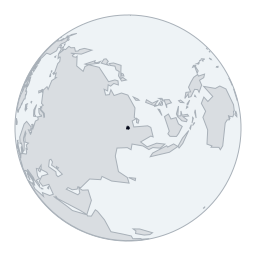 Lào Cai on an orthographic globe, rotated 294°
{"feature_id": "VNM-5483", "entity_name": "Lào Cai", "entity_type": "Province", "adm_level": 1, "iso_a3": "VNM", "parent_name": "Vietnam", "parent_adm1": "", "projection": "orthographic", "projection_center": [104.093, 22.267], "detail": "fine", "context": "on_globe", "style": "filled", "palette": "ink", "viewbox_px": 256, "rotation_deg": 294, "n_neighbors": 0, "source": "natural_earth", "source_scale": "10m", "svg_char_len": 11009}
<svg xmlns="http://www.w3.org/2000/svg" viewBox="0 0 256 256"><g transform="rotate(294 128 128)"><circle cx="128" cy="128" r="113" fill="#eef3f6" stroke="#a8b0b8"/><path d="M233.0,166.8L232.8,167.5L232.7,167.7L233.0,166.8ZM181.1,28.7L178.5,27.6L179.9,30.2L184.0,33.1L180.2,31.2L190.5,38.5L193.6,42.8L187.8,36.8L185.5,35.3L186.4,37.4L184.2,36.5L183.5,37.1L180.8,35.8L177.6,32.8L175.8,32.1L176.6,33.7L174.4,33.7L173.5,31.4L169.5,31.3L163.5,27.0L163.3,23.2L157.7,21.0L151.6,18.0L149.9,17.8L146.5,16.9L143.3,16.5L143.0,16.4L140.7,16.2L141.5,16.4L140.7,16.4L138.9,16.3L138.3,16.0L139.1,16.0L138.0,15.9L138.4,15.9L137.2,15.8L136.7,15.7L146.0,16.8L155.1,18.7L164.0,21.3L172.7,24.6L181.1,28.7ZM136.6,15.7L134.5,15.6L131.8,15.4L132.1,15.4L136.6,15.7ZM231.8,84.2L231.9,84.5L231.8,84.3L231.8,84.2L231.8,84.2ZM232.0,84.7L231.8,84.4L231.9,84.5L232.0,84.7ZM231.9,84.7L231.6,84.1L231.9,84.7ZM184.4,30.5L183.9,30.2L182.6,29.5L182.8,29.6L184.4,30.5ZM187.4,35.6L186.6,34.6L188.2,36.0L187.4,35.6ZM183.8,37.4L184.7,38.1L183.9,38.1L183.8,37.4ZM179.1,36.4L177.5,36.4L178.6,35.8L179.1,36.4ZM176.2,36.1L172.5,36.5L174.2,37.9L167.2,34.4L172.7,35.0L173.7,34.0L174.5,35.2L176.2,36.1ZM142.5,16.5L141.6,16.3L144.1,16.7L142.5,16.5ZM144.3,16.8L153.0,18.6L153.5,19.1L150.5,18.3L152.5,19.3L148.5,18.7L146.5,18.0L146.9,17.7L145.0,17.7L144.3,16.8ZM164.0,32.6L162.6,32.4L163.4,32.1L164.0,32.6ZM140.6,16.5L142.3,16.7L142.9,17.1L139.5,16.8L140.4,16.8L140.6,16.5ZM155.0,20.0L154.9,20.4L151.5,19.9L151.0,20.1L148.4,18.7L155.0,20.0ZM139.4,16.6L137.8,16.7L135.9,16.4L139.0,16.3L139.4,16.6ZM144.4,17.4L144.5,17.7L143.4,17.4L144.4,17.4ZM128.2,15.8L130.2,15.8L130.7,16.0L128.2,15.8ZM137.4,16.7L138.0,16.8L138.5,17.0L137.1,17.0L137.4,16.7ZM146.3,18.6L144.9,18.4L147.2,19.1L144.8,18.9L143.5,18.1L143.0,18.4L142.3,18.4L142.0,17.8L146.3,18.6ZM136.9,17.5L134.4,16.7L130.5,16.5L130.0,16.3L136.4,16.7L136.9,17.5ZM139.9,17.7L137.9,17.5L138.3,17.2L139.9,17.2L139.9,17.7ZM143.6,19.2L147.6,19.6L147.8,19.8L143.6,19.2ZM135.7,17.5L136.3,17.7L135.4,17.5L135.7,17.5ZM141.1,18.7L142.5,18.8L142.6,19.0L141.1,18.7ZM136.4,18.1L135.6,17.8L136.7,17.7L136.4,18.1ZM138.5,18.4L138.3,18.7L137.5,17.9L139.1,18.4L138.5,18.4ZM141.0,18.9L141.5,19.0L140.4,18.8L141.0,18.9ZM132.9,18.8L131.6,17.8L133.9,17.5L134.8,18.5L132.9,18.8ZM40.0,57.7L39.6,58.2L38.7,62.0L38.0,63.6L34.6,67.7L31.1,78.7L34.2,76.1L34.5,83.9L37.1,86.7L44.3,78.6L40.2,73.8L43.0,68.6L49.1,68.8L53.2,73.6L54.4,71.8L54.8,65.5L58.7,63.7L55.2,63.2L54.4,65.5L52.2,65.4L52.8,63.3L54.2,62.7L53.8,60.7L47.4,64.9L45.8,67.7L43.0,65.5L40.2,70.2L38.3,71.1L42.4,63.7L44.3,61.7L49.4,52.9L47.1,54.7L42.2,63.3L42.4,62.0L39.3,65.0L41.8,61.7L47.8,52.3L47.2,50.9L41.3,56.2L41.6,55.8L52.1,44.7L49.9,47.4L52.5,45.2L57.6,40.7L56.4,42.1L58.1,40.8L57.6,42.0L61.3,40.5L61.4,41.5L67.1,38.2L68.0,38.5L64.3,40.2L61.9,42.3L62.8,45.6L64.2,45.5L67.8,43.2L67.6,44.6L71.1,42.0L73.7,43.2L73.3,39.7L77.6,37.5L81.5,37.0L82.9,35.7L76.5,36.6L74.1,37.6L72.0,39.4L65.2,42.2L64.0,41.7L70.9,36.8L69.9,35.8L75.7,32.8L89.3,31.5L92.8,32.7L89.5,39.1L86.2,39.9L85.8,37.8L82.3,41.8L84.4,40.5L84.3,41.8L88.3,40.4L88.4,41.3L92.1,38.6L92.7,39.6L90.3,41.3L96.7,40.6L99.0,42.5L100.4,41.9L101.3,40.8L103.5,44.2L104.5,43.7L104.1,42.3L105.8,40.4L109.6,38.6L110.1,39.9L108.8,40.7L107.0,44.6L103.5,46.9L104.1,47.3L107.3,45.6L109.5,40.8L111.7,39.4L111.1,41.6L111.4,40.6L112.7,40.3L114.4,41.3L115.3,39.0L128.1,35.2L132.8,37.2L130.8,39.3L140.4,39.1L144.9,42.1L144.6,40.7L148.9,40.1L147.5,39.2L147.7,38.5L158.2,37.6L161.1,38.6L165.2,37.3L165.1,36.7L163.1,35.8L167.2,34.4L174.2,37.9L174.3,39.1L178.6,40.8L178.1,43.3L179.7,46.5L176.7,48.7L178.2,51.3L179.8,51.7L183.0,55.8L184.4,63.3L176.5,55.3L173.1,45.2L173.9,49.0L171.7,47.7L170.8,48.8L171.5,51.7L172.9,52.3L163.8,55.9L161.5,64.0L166.6,63.7L169.8,66.4L171.7,77.0L162.4,91.4L166.6,96.5L167.0,99.7L163.4,101.7L162.9,96.9L159.2,95.1L159.4,92.3L153.6,94.3L153.7,90.4L149.0,94.2L150.9,97.4L156.0,96.8L152.0,102.1L157.3,107.8L158.0,114.5L149.2,126.2L140.2,129.4L139.7,131.5L136.1,129.0L131.3,132.9L138.0,145.1L137.8,148.6L130.1,154.6L129.9,152.1L120.4,145.2L118.6,153.2L125.8,160.4L128.3,168.3L122.7,165.6L120.2,158.6L116.8,155.9L117.7,149.0L115.0,138.2L109.4,139.6L109.8,135.4L105.2,126.1L97.2,127.8L84.3,137.0L82.5,147.5L78.1,151.4L72.9,134.6L73.2,123.9L69.7,124.1L65.8,113.7L54.2,109.1L54.0,106.1L51.5,106.4L48.9,102.2L49.2,97.4L47.0,96.5L46.6,109.4L49.1,110.4L53.3,107.4L52.6,111.6L55.2,116.7L47.0,124.0L32.2,125.6L33.3,117.5L34.9,92.2L36.3,90.1L36.4,89.9L36.5,89.4L34.1,92.5L35.3,87.8L31.7,104.3L30.0,110.8L32.0,126.0L31.2,126.8L32.6,130.4L40.0,131.4L39.5,134.0L34.5,143.9L26.3,154.6L28.9,166.1L30.7,174.9L28.8,177.5L32.3,184.8L31.8,185.4L33.9,189.3L35.3,192.0L35.6,192.4L31.2,185.7L27.4,178.6L24.0,171.3L21.2,163.8L18.9,156.1L17.2,148.3L16.0,140.4L15.4,132.4L15.4,124.3L16.0,116.3L17.1,108.4L18.8,100.5L21.0,92.8L23.8,85.3L27.1,78.0L30.9,70.9L35.2,64.2L40.0,57.7ZM55.0,83.9L59.1,86.8L61.6,80.0L63.4,80.7L63.7,78.3L61.8,79.5L63.0,73.3L66.3,72.8L68.1,70.3L66.8,69.2L60.4,71.2L58.7,79.9L55.9,81.6L55.0,83.9ZM68.2,33.5L66.5,34.7L64.6,35.8L64.4,35.3L67.2,33.6L68.2,33.5ZM64.7,36.3L71.6,32.0L72.0,32.5L70.6,32.9L70.1,33.6L67.8,34.5L61.4,39.5L59.3,40.8L60.1,38.7L61.0,38.5L62.6,37.2L64.7,36.3ZM88.6,23.2L91.6,22.1L88.5,24.3L86.1,25.1L85.7,24.4L88.4,23.1L88.6,23.2ZM128.8,15.4L128.0,15.4L127.7,15.4L128.8,15.4ZM125.8,15.4L126.1,15.4L130.0,15.5L136.4,15.8L136.5,16.1L134.9,16.2L133.4,16.2L133.8,15.9L131.5,16.1L130.9,15.7L129.1,15.8L121.8,15.6L122.9,15.5L118.3,15.8L125.8,15.4ZM110.3,16.8L111.7,16.6L111.6,16.8L113.8,16.4L114.4,16.5L112.5,16.8L115.8,16.4L115.8,16.6L119.6,16.9L124.5,16.6L126.0,16.9L124.1,17.1L126.9,17.2L124.3,17.8L125.3,18.1L123.8,19.1L119.5,19.6L121.0,19.8L119.9,20.8L116.3,21.5L117.4,20.6L112.7,22.1L112.1,21.2L111.6,21.4L109.7,21.1L106.6,21.3L106.9,20.8L105.5,21.1L104.3,21.0L102.6,21.3L102.4,20.7L100.3,21.0L101.4,20.5L97.8,21.4L100.4,20.5L99.0,20.5L97.2,21.3L100.4,18.9L100.0,18.9L110.3,16.8ZM132.3,19.0L127.3,19.5L124.5,19.3L128.4,17.7L127.8,17.4L130.2,16.6L134.2,16.9L133.1,17.1L133.1,17.3L131.8,17.1L132.7,17.5L131.3,17.8L131.6,18.2L129.9,18.2L132.3,19.0ZM39.4,62.8L39.3,63.6L39.5,64.3L37.6,66.4L39.4,62.8ZM43.4,56.3L43.6,56.6L40.9,59.6L41.1,58.9L43.4,56.3ZM45.9,54.3L43.8,56.4L45.0,54.8L45.9,54.3ZM64.8,40.5L65.2,40.8L64.4,41.4L63.1,42.0L64.8,40.5ZM102.3,27.0L103.4,26.2L104.1,26.2L107.8,25.0L108.6,25.7L106.6,26.8L102.3,27.0ZM42.3,79.3L40.2,80.2L40.4,78.9L41.1,78.9L42.3,79.3ZM37.8,72.9L37.8,75.5L37.3,73.5L37.8,72.9ZM103.8,27.6L105.2,27.0L104.7,27.8L103.8,27.6ZM109.3,26.2L109.1,27.0L109.1,25.7L109.3,26.2ZM85.1,229.3L87.5,230.4L85.9,230.1L85.1,229.3ZM40.5,179.8L42.3,193.0L39.5,191.3L36.8,186.4L34.7,177.8L37.2,177.1L37.9,173.7L40.5,179.8ZM156.5,186.0L159.8,186.3L159.7,186.8L156.5,186.0ZM153.0,184.5L156.9,184.5L152.4,185.5L153.0,184.5ZM158.4,184.5L162.3,183.5L164.0,182.7L163.6,183.7L158.4,184.5ZM150.4,184.5L136.1,184.3L130.5,182.8L131.8,181.1L141.0,181.9L150.4,184.5ZM131.4,181.1L122.7,175.7L110.8,160.0L115.1,160.7L127.5,170.5L126.7,172.0L132.0,176.2L131.4,181.1ZM152.3,172.4L151.5,176.9L143.6,176.5L140.0,175.7L137.5,169.8L138.9,166.8L141.9,167.0L153.2,156.7L157.2,159.2L153.7,163.6L157.0,167.6L152.3,172.4ZM83.0,148.7L85.2,155.4L82.9,156.0L83.0,148.7ZM157.8,149.3L153.2,154.0L157.4,147.8L157.8,149.3ZM160.2,143.5L160.5,145.8L158.6,143.6L160.2,143.5ZM139.6,134.8L136.5,135.3L136.4,133.6L140.3,132.0L139.6,134.8ZM158.5,120.3L158.5,125.2L157.9,126.9L156.5,123.9L158.5,120.3ZM112.3,35.0L106.2,35.7L102.4,37.2L101.0,39.3L100.4,36.9L106.3,34.6L112.3,35.0ZM126.1,35.0L127.3,33.4L128.5,34.1L128.4,34.6L126.1,35.0ZM125.6,34.0L123.8,32.2L125.6,31.4L126.6,33.0L125.6,34.0ZM113.5,29.3L111.7,29.4L112.2,28.7L113.5,29.3ZM198.8,215.6L197.2,216.9L206.9,208.4L198.8,215.6ZM182.6,222.8L183.6,220.5L187.4,219.4L184.8,221.8L182.6,222.8ZM209.2,206.1L209.5,205.7L212.4,202.5L214.7,199.6L212.9,202.0L213.1,201.8L209.2,206.1ZM172.0,214.8L150.2,221.8L145.7,221.2L147.3,218.9L144.2,211.7L145.8,211.9L145.4,206.7L158.6,201.6L168.2,192.1L174.9,192.1L180.3,185.0L187.1,184.7L184.7,190.2L191.3,192.6L196.8,180.2L199.7,191.7L203.7,194.8L203.5,201.6L192.2,214.9L186.8,218.2L186.2,217.5L183.8,219.0L180.8,219.2L180.1,216.0L177.7,217.5L180.5,214.4L176.8,217.3L175.7,215.3L172.0,214.8ZM219.5,183.9L220.2,183.9L221.0,185.2L219.9,185.5L219.5,183.9ZM231.1,170.7L231.1,171.3L230.5,172.2L231.1,170.7ZM232.7,167.7L232.0,168.8L233.0,166.8L232.7,167.7ZM224.6,175.1L224.9,175.6L224.5,176.1L224.6,175.1ZM224.4,175.0L225.0,173.6L224.8,174.8L224.4,175.0ZM221.4,170.0L222.0,169.2L222.1,169.6L221.4,170.0ZM164.8,186.2L169.5,182.5L172.0,182.0L164.8,186.2ZM220.8,168.9L219.6,169.3L219.7,168.5L220.8,168.9ZM221.0,167.3L220.9,166.4L221.6,168.4L221.0,167.3ZM218.7,166.0L220.2,167.2L218.5,166.3L218.7,166.0ZM217.7,166.5L216.6,166.1L216.7,165.8L217.7,166.5ZM204.1,171.3L208.4,176.0L204.8,176.7L200.7,173.9L197.2,177.8L189.5,178.4L191.4,176.1L190.4,173.1L182.3,172.8L180.6,170.8L183.6,169.1L178.1,167.9L184.1,166.4L186.5,170.5L189.9,166.7L195.6,166.8L201.0,167.4L205.2,169.8L204.1,171.3ZM184.0,175.9L185.1,175.8L184.1,177.2L184.0,175.9ZM214.5,164.4L216.1,166.0L215.9,166.6L215.1,166.5L214.5,164.4ZM206.2,168.9L210.8,164.4L211.8,164.2L208.7,168.9L206.2,168.9ZM209.7,162.3L211.8,162.3L212.8,164.1L212.4,164.7L209.7,162.3ZM171.8,172.9L171.5,174.2L169.9,173.3L171.8,172.9ZM173.8,172.1L178.6,173.0L173.4,173.2L173.8,172.1ZM159.2,168.6L160.6,171.4L165.1,169.4L161.7,172.2L164.7,176.7L163.6,178.5L160.7,173.6L159.5,178.8L157.5,178.8L156.5,174.3L158.5,168.8L160.5,166.5L168.6,165.2L159.2,168.6ZM173.8,168.6L172.6,165.4L173.5,163.1L174.9,164.7L173.8,168.6ZM168.7,157.4L165.3,153.6L162.2,155.3L168.4,149.5L170.7,154.1L168.7,157.4ZM165.7,148.9L162.8,150.4L165.8,147.0L165.7,148.9ZM162.1,149.1L161.7,146.3L164.0,146.6L162.1,149.1ZM167.2,149.0L167.6,144.2L168.9,147.0L167.2,149.0ZM160.5,140.1L165.6,144.5L159.1,142.8L158.6,133.7L161.3,133.4L160.5,140.1ZM173.8,103.1L173.0,100.6L175.4,99.9L175.3,101.8L173.8,103.1ZM182.4,96.2L175.7,98.9L170.3,101.5L172.1,102.6L171.2,107.0L168.3,103.0L171.8,98.1L176.0,97.0L176.3,93.4L179.2,90.9L178.0,86.5L179.2,84.6L181.5,88.3L182.4,96.2ZM177.4,84.7L176.4,77.2L181.1,78.0L182.3,79.9L180.8,82.9L178.4,82.2L177.4,84.7ZM177.6,75.7L175.3,75.1L169.1,64.6L168.9,62.7L176.1,70.6L174.3,70.6L175.0,73.1L177.6,75.7ZM163.2,33.0L162.6,32.4L163.9,33.0L163.2,33.0ZM146.8,38.0L147.3,37.2L148.7,37.7L146.8,38.0ZM149.2,35.4L147.3,35.3L149.1,34.8L149.2,35.4ZM143.1,35.5L146.4,35.1L143.6,36.3L143.1,35.5Z" fill="#d9dde1" stroke="#a8b0b8" stroke-width="1"/><path d="M128.4,127.2L128.5,127.2L128.6,127.3L128.6,127.5L128.8,127.8L128.9,128.0L129.0,128.0L128.9,128.2L128.9,128.3L128.7,128.2L128.6,128.3L128.6,128.5L128.3,128.6L128.2,128.6L127.9,128.7L127.7,128.7L127.7,128.8L127.7,129.0L127.3,128.8L127.3,128.7L127.2,128.5L127.1,128.4L127.0,128.5L127.1,128.3L127.1,128.2L127.3,128.1L127.5,127.9L127.4,127.7L127.2,127.7L127.1,127.4L127.0,127.2L127.3,127.1L127.5,127.2L127.5,127.3L127.7,127.5L127.8,127.5L127.8,127.4L127.9,127.2L128.0,127.0L128.2,126.9L128.3,126.9L128.2,127.0L128.3,127.1L128.4,127.2Z" fill="#0f172a" stroke="#020617" stroke-width="1.5"/></g></svg>